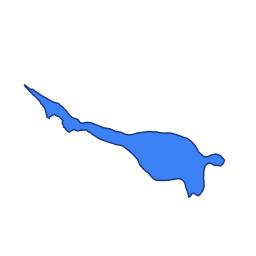 Al- Badari, Asyut, Egypt, rotated 144°
{"feature_id": "37247803B32615858974663", "entity_name": "Al- Badari", "entity_type": "district", "adm_level": 2, "iso_a3": "EGY", "parent_name": "Egypt", "parent_adm1": "Asyut", "projection": "equal_earth", "projection_center": [31.445, 26.947], "detail": "fine", "context": "isolated", "style": "filled", "palette": "blue", "viewbox_px": 256, "rotation_deg": 144, "n_neighbors": 0, "source": "geoboundaries", "source_scale": "gbopen_adm2", "svg_char_len": 3080}
<svg xmlns="http://www.w3.org/2000/svg" viewBox="0 0 256 256"><g transform="rotate(144 128 128)"><path d="M119.4,36.4L119.1,36.3L118.7,36.3L118.4,36.2L118.1,36.2L117.7,36.2L117.4,36.5L116.7,36.5L116.0,37.0L115.4,37.1L114.9,37.1L114.3,37.2L113.2,36.5L112.7,35.4L112.4,34.5L112.1,33.9L111.6,33.1L111.3,32.7L111.1,32.1L110.8,31.8L109.2,32.0L107.4,32.4L105.2,33.1L104.4,33.4L103.0,34.4L101.9,35.1L100.7,36.1L96.8,42.1L96.8,42.7L96.3,43.4L95.1,44.4L94.6,45.2L94.3,45.6L93.7,46.4L93.0,47.5L92.2,48.2L91.0,49.4L90.4,50.0L90.1,50.3L89.7,50.7L88.2,51.8L87.2,52.0L84.0,52.4L83.3,52.0L82.1,51.2L81.5,50.3L81.2,49.9L80.9,48.6L80.6,48.1L80.1,47.3L75.2,42.9L72.9,43.2L72.7,43.2L72.4,43.2L72.4,43.6L71.5,43.6L70.7,43.9L69.9,44.6L69.6,44.9L68.8,45.3L69.2,48.2L69.5,51.3L71.6,54.6L72.8,55.6L75.9,57.0L77.9,57.4L79.4,57.7L82.1,58.8L83.6,60.9L84.4,64.1L85.0,66.9L84.3,71.4L84.0,74.3L84.5,78.8L85.0,81.3L86.2,84.7L88.2,87.3L90.3,90.6L93.3,94.8L95.7,98.1L98.0,100.1L101.7,102.6L102.9,103.5L105.9,106.3L107.2,108.2L109.4,109.7L112.0,111.8L113.9,113.4L114.0,113.4L119.1,116.1L123.4,118.5L125.1,118.9L128.5,120.2L130.5,121.3L132.8,123.3L133.5,124.1L134.0,124.7L134.7,125.8L135.5,127.7L135.6,127.8L136.7,129.2L138.2,130.7L139.8,132.0L140.2,132.3L140.6,133.4L141.4,135.0L142.6,137.1L142.9,137.6L143.5,138.3L145.6,140.4L146.5,141.3L147.2,142.3L148.3,143.5L149.8,146.0L151.5,148.6L154.5,153.3L156.3,155.3L158.5,157.1L160.4,157.8L161.2,157.8L162.8,159.5L163.5,160.4L163.5,161.7L163.5,163.8L164.2,165.4L165.7,167.3L166.2,168.0L167.0,169.2L167.4,171.2L167.8,173.5L167.8,175.5L167.8,178.0L168.2,180.1L168.4,180.8L168.4,182.0L168.4,182.9L168.8,184.5L169.6,185.6L169.6,187.0L169.7,188.5L170.4,189.5L172.0,191.4L173.4,193.1L175.0,196.6L178.5,204.3L178.8,204.9L181.7,212.6L182.4,215.4L183.6,216.2L184.4,217.0L185.6,221.7L186.2,223.3L186.5,224.2L186.8,221.7L186.2,219.0L186.2,216.7L185.7,213.7L185.4,211.0L184.6,208.0L184.1,205.9L184.1,203.6L183.5,201.3L183.8,200.3L184.1,199.3L183.8,196.6L183.8,194.9L183.6,193.6L184.1,191.6L185.0,189.6L186.1,186.2L187.2,184.2L186.4,183.2L186.1,182.2L185.0,182.9L184.1,182.9L183.6,182.9L182.2,182.8L180.9,182.5L179.2,181.8L178.9,180.8L178.4,179.5L177.0,177.5L176.7,175.4L176.5,173.8L176.5,172.1L177.0,171.8L177.6,171.4L178.4,170.4L178.7,168.1L179.5,166.4L179.0,165.1L179.0,163.8L179.0,161.7L178.5,160.1L177.9,159.1L176.8,159.1L175.7,159.0L174.3,159.0L172.9,158.7L172.1,157.7L171.0,155.7L169.3,154.6L167.4,154.0L166.0,152.9L164.4,151.9L163.5,151.3L163.2,150.9L162.4,150.2L162.4,148.6L162.1,147.9L161.0,145.9L160.5,143.5L159.1,140.2L157.8,136.8L156.1,133.8L154.7,131.8L152.9,129.3L152.5,128.8L151.1,126.7L148.9,124.0L147.6,121.7L145.9,120.3L144.5,118.7L142.7,116.3L140.7,109.3L140.0,106.5L139.4,103.2L138.8,96.7L140.1,91.0L139.6,85.8L138.9,82.1L138.2,81.0L137.5,78.2L137.7,75.8L137.2,71.7L136.1,69.5L131.7,65.8L126.7,62.4L124.5,61.3L120.8,59.4L120.1,59.0L119.2,58.6L116.8,57.3L115.6,55.9L114.8,54.6L114.3,52.9L114.3,50.2L114.8,48.9L115.1,47.9L115.4,47.6L116.2,45.6L116.8,43.2L117.4,41.2L117.9,39.9L118.5,38.2L119.4,36.4Z" fill="#3b82f6" stroke="#1e3a8a" stroke-width="1.5"/></g></svg>